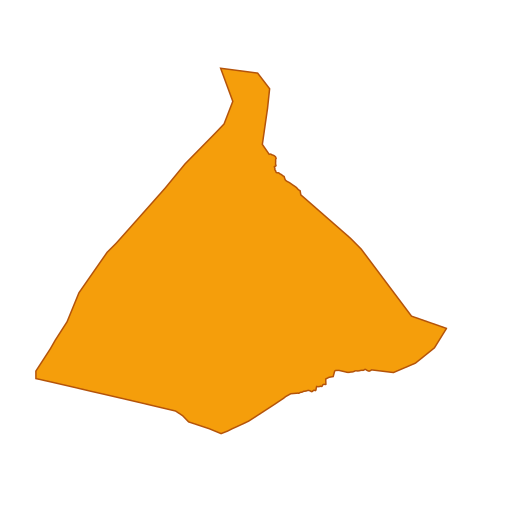 outline of Naran, Sühbaatar, Mongolia, rotated 9°
{"feature_id": "93677404B66780869720119", "entity_name": "Naran", "entity_type": "district", "adm_level": 2, "iso_a3": "MNG", "parent_name": "Mongolia", "parent_adm1": "Sühbaatar", "projection": "natural_earth1", "projection_center": [113.793, 45.123], "detail": "fine", "context": "isolated", "style": "filled", "palette": "amber", "viewbox_px": 512, "rotation_deg": 9, "n_neighbors": 0, "source": "geoboundaries", "source_scale": "gbopen_adm2", "svg_char_len": 3421}
<svg xmlns="http://www.w3.org/2000/svg" viewBox="0 0 512 512"><g transform="rotate(9 256 256)"><path d="M191.7,76.1L208.9,106.9L203.8,130.6L196.3,141.4L171.6,176.0L155.7,203.1L133.8,237.4L115.9,265.3L108.4,275.6L86.9,320.0L79.7,350.5L71.0,370.3L67.4,379.8L56.6,404.1L57.8,411.5L75.0,412.6L95.1,414.0L115.1,415.5L127.3,416.3L159.8,418.6L184.8,420.5L198.4,421.5L200.8,421.7L208.5,425.2L215.4,430.4L236.8,433.9L249.3,436.9L255.3,433.4L259.7,430.2L264.0,427.4L274.5,420.3L277.2,417.9L295.2,401.7L305.6,392.1L307.3,390.2L311.9,386.6L318.0,385.1L318.3,385.0L318.7,384.9L319.1,384.9L319.4,384.9L319.6,384.9L319.9,384.7L320.2,384.6L320.4,384.4L320.6,384.2L320.8,384.0L321.1,383.8L321.2,383.7L321.4,383.7L321.6,383.6L321.8,383.5L322.1,383.5L322.4,383.4L322.6,383.3L322.9,383.2L323.0,383.1L323.4,382.9L323.6,382.7L323.8,382.5L324.0,382.4L324.2,382.2L324.4,382.1L324.5,382.1L325.0,382.0L325.3,381.9L325.6,381.9L325.9,381.7L326.1,381.6L326.4,381.6L326.6,381.5L326.8,381.4L327.1,381.3L327.3,381.1L327.5,381.0L327.8,380.9L328.0,380.8L328.5,380.6L329.0,380.5L329.4,380.6L329.8,380.6L330.4,380.7L330.7,380.8L331.1,380.9L331.4,381.1L331.7,381.2L332.0,381.3L332.2,381.2L332.5,381.1L332.8,381.0L333.0,380.9L333.2,380.6L333.3,380.3L333.4,380.1L333.6,380.0L333.8,379.8L334.1,379.6L334.4,379.5L334.6,379.5L334.9,379.5L335.2,379.5L335.4,379.6L335.5,379.7L335.8,379.6L336.0,379.3L336.1,379.1L336.2,378.8L336.2,378.4L336.1,378.2L336.2,376.8L336.2,376.6L336.3,375.4L336.5,375.4L337.2,375.4L337.8,375.4L338.0,375.3L338.4,375.2L338.9,375.1L339.1,375.0L339.4,374.9L339.7,374.8L339.9,374.6L340.2,374.6L340.4,374.5L340.9,374.6L341.1,374.6L341.4,374.5L341.5,374.4L341.7,374.1L341.8,373.9L341.9,373.5L342.0,373.2L342.1,372.9L342.2,372.7L342.4,372.5L342.6,372.4L343.0,372.2L343.3,372.1L343.7,372.1L344.7,372.0L344.9,372.0L345.1,371.8L344.1,366.6L347.1,364.4L351.1,363.0L351.7,357.4L352.5,356.6L355.8,356.0L363.0,356.5L363.3,356.6L364.2,356.6L364.8,356.6L365.3,356.5L366.1,356.4L366.9,356.1L367.6,355.8L367.9,355.8L368.2,355.7L368.5,355.6L369.0,355.5L369.5,355.4L370.1,355.1L370.7,354.8L371.3,354.4L371.8,354.0L372.1,353.9L372.6,353.8L373.0,353.7L373.4,353.7L374.2,353.7L374.5,353.6L374.9,353.5L375.4,353.4L376.0,353.2L376.6,352.9L377.2,352.7L377.6,352.5L378.1,352.4L378.6,352.3L379.3,352.2L379.6,352.1L379.9,352.1L380.2,351.9L380.4,351.8L380.6,351.6L380.9,351.3L381.1,351.1L381.4,350.9L381.9,350.9L382.3,351.0L382.8,351.3L383.3,351.5L383.6,351.6L384.2,351.8L384.9,352.0L385.3,352.0L385.7,352.0L385.9,352.0L386.2,351.8L386.5,351.6L387.0,351.3L387.2,351.1L387.5,350.9L387.7,350.6L387.8,350.5L387.9,350.4L410.0,349.6L430.3,336.8L446.6,318.8L455.4,297.9L455.4,297.7L419.0,291.1L392.7,265.6L358.8,232.7L346.5,223.7L290.7,188.6L289.4,184.7L287.5,183.9L285.2,182.0L283.0,180.9L281.0,180.0L277.6,178.3L276.1,177.8L274.6,177.3L273.3,176.5L272.8,176.0L272.3,175.0L271.7,173.9L271.5,173.3L271.2,173.0L270.1,172.6L269.5,172.4L268.7,171.7L266.5,171.0L265.8,170.5L265.3,170.3L264.6,170.4L264.0,170.5L263.6,170.5L263.1,170.4L262.4,169.7L262.0,168.7L261.3,168.1L261.0,167.5L261.0,166.9L260.9,166.4L260.7,166.0L260.4,165.5L260.2,165.1L260.2,164.8L260.5,164.5L261.3,164.2L261.6,163.7L261.5,163.2L261.0,162.4L260.7,160.4L260.6,159.3L260.4,158.4L260.3,157.4L260.6,156.4L259.7,154.9L258.1,154.0L256.9,153.7L255.6,153.5L254.9,153.1L254.2,153.1L253.1,153.5L244.8,144.8L244.3,108.5L243.3,88.7L229.0,75.1L191.7,76.1Z" fill="#f59e0b" stroke="#b45309" stroke-width="1.5"/></g></svg>